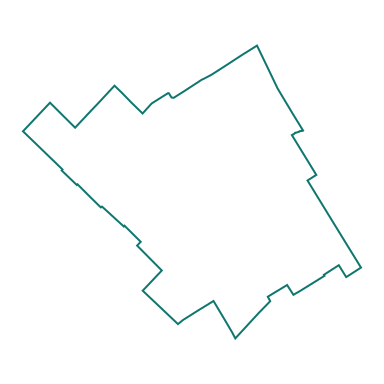 the district of Mercedes, Buenos Aires, Argentina
{"feature_id": "61730980B17018817153702", "entity_name": "Mercedes", "entity_type": "district", "adm_level": 2, "iso_a3": "ARG", "parent_name": "Argentina", "parent_adm1": "Buenos Aires", "projection": "natural_earth1", "projection_center": [-59.369, -34.7], "detail": "fine", "context": "isolated", "style": "outline", "palette": "teal", "viewbox_px": 384, "rotation_deg": 0, "n_neighbors": 0, "source": "geoboundaries", "source_scale": "gbopen_adm2", "svg_char_len": 1647}
<svg xmlns="http://www.w3.org/2000/svg" viewBox="0 0 384 384"><path d="M361.0,267.6L347.0,244.9L332.2,220.8L315.6,193.7L312.1,188.0L307.5,180.5L316.3,174.9L304.1,155.0L291.9,135.1L292.1,135.0L292.3,134.8L292.5,134.8L292.7,134.6L292.8,134.6L293.1,134.5L293.2,134.4L293.4,134.3L293.6,134.2L293.8,134.1L294.2,133.8L294.3,133.7L294.5,133.6L294.6,133.4L294.8,133.0L294.9,132.9L295.1,132.8L295.4,132.8L295.7,132.8L295.8,132.7L296.1,132.5L296.3,132.5L296.7,132.5L296.8,132.5L297.1,132.4L297.4,132.3L297.6,132.2L297.9,132.1L298.0,132.1L298.3,132.0L298.6,131.9L298.8,131.8L299.0,131.8L299.1,131.7L299.3,131.5L299.4,131.3L299.5,131.3L299.8,131.2L300.0,131.1L300.4,131.1L300.6,131.1L300.9,131.0L301.0,131.0L301.3,131.0L301.5,130.8L301.7,130.7L301.9,130.7L302.1,130.8L302.4,130.8L302.6,130.8L302.8,130.8L303.1,130.6L292.7,113.7L277.5,88.3L269.0,70.5L257.0,45.6L242.1,54.9L233.1,60.8L219.5,69.6L211.2,74.9L203.0,79.2L201.9,79.6L184.3,91.1L173.7,97.8L171.5,97.5L168.9,93.3L168.1,93.1L151.9,103.3L150.6,104.6L142.6,113.5L131.7,102.9L121.9,92.8L114.5,85.7L105.4,95.5L97.0,104.5L91.8,109.9L87.0,115.0L75.1,127.7L50.0,102.7L23.0,131.3L62.5,169.5L61.7,170.5L76.8,185.0L77.5,184.3L90.9,197.7L100.8,207.4L101.0,207.3L101.2,207.2L101.4,207.2L101.6,207.1L101.9,206.7L102.0,206.6L102.4,206.9L102.6,207.1L110.8,214.6L123.8,226.5L124.5,225.7L124.6,225.8L140.7,241.8L137.1,245.6L161.8,270.5L142.7,290.7L178.0,324.1L183.0,320.0L198.2,310.4L213.5,301.0L225.7,321.4L232.2,332.5L235.3,338.4L258.7,313.0L270.2,301.2L267.8,296.7L287.1,285.0L293.4,294.8L299.2,291.5L324.5,275.8L323.9,274.8L338.8,265.2L346.2,277.1L361.0,267.6Z" fill="none" stroke="#0f766e" stroke-width="2"/></svg>